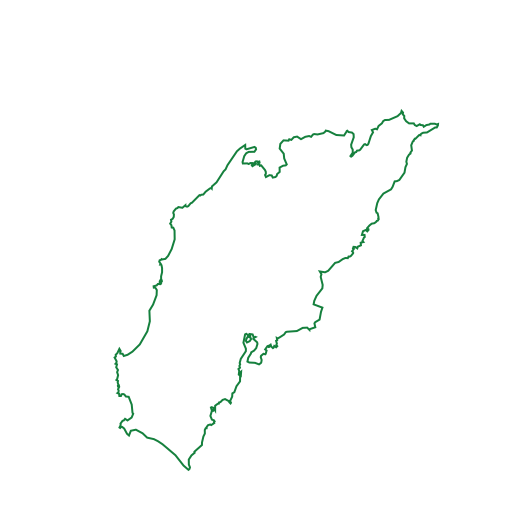 the district of Bangka, Bangka-Belitung, Indonesia, rotated 221°
{"feature_id": "22746128B27585215741432", "entity_name": "Bangka", "entity_type": "district", "adm_level": 2, "iso_a3": "IDN", "parent_name": "Indonesia", "parent_adm1": "Bangka-Belitung", "projection": "equal_earth", "projection_center": [105.919, -1.936], "detail": "fine", "context": "isolated", "style": "outline", "palette": "green", "viewbox_px": 512, "rotation_deg": 221, "n_neighbors": 0, "source": "geoboundaries", "source_scale": "gbopen_adm2", "svg_char_len": 6082}
<svg xmlns="http://www.w3.org/2000/svg" viewBox="0 0 512 512"><g transform="rotate(221 256 256)"><path d="M334.5,330.0L337.0,332.7L338.6,326.6L339.1,322.5L337.1,305.8L335.8,301.4L336.0,298.7L334.1,285.7L334.9,279.6L333.7,277.9L334.4,278.0L335.1,276.7L336.2,271.5L336.1,267.8L337.5,266.3L337.8,265.0L338.6,264.8L339.3,254.1L339.9,253.0L339.8,249.2L340.4,248.0L342.1,247.3L342.6,247.9L343.2,244.1L346.7,242.0L346.7,240.7L347.5,239.3L347.4,235.7L346.7,234.2L345.2,233.5L343.7,231.5L343.3,229.3L343.9,227.6L342.4,226.4L342.0,224.1L340.1,223.8L338.3,222.2L337.0,223.1L334.2,221.8L328.3,215.2L324.2,205.9L322.4,198.4L322.5,194.4L324.5,191.9L325.2,191.8L325.2,190.7L325.9,189.6L325.3,188.2L323.0,187.6L322.7,186.8L322.2,187.4L321.2,187.0L318.9,185.2L316.2,182.1L314.3,178.4L312.6,176.5L312.3,175.0L311.5,175.9L310.5,175.3L310.3,174.1L311.4,174.1L311.6,173.3L311.2,172.7L309.6,172.7L309.6,172.1L311.7,170.5L311.7,168.6L313.4,166.0L312.5,165.2L312.2,165.8L310.3,165.8L308.5,165.2L305.3,161.2L301.8,151.8L300.6,144.8L293.3,137.1L288.6,127.9L285.7,113.0L286.5,102.8L288.1,97.2L290.2,93.8L292.5,94.7L294.4,93.3L295.8,94.8L295.8,95.5L298.2,96.3L296.9,91.7L297.1,89.4L295.8,88.2L296.1,86.6L292.1,85.1L291.3,83.8L291.3,82.5L289.8,83.0L288.5,80.3L285.4,79.4L284.6,77.2L281.9,75.6L280.0,71.9L280.0,70.9L278.2,71.2L277.3,69.7L275.0,68.3L275.2,67.6L274.6,67.0L273.8,66.8L273.8,67.8L273.4,67.5L272.7,64.9L271.4,64.4L270.4,62.9L270.6,61.7L268.9,62.2L267.3,60.7L266.1,61.7L266.7,63.5L265.8,64.6L264.5,65.1L262.0,64.6L259.7,66.2L252.3,62.3L246.3,56.6L245.2,56.4L243.9,52.5L245.1,47.6L248.0,47.2L247.9,45.1L248.6,44.1L248.3,40.6L247.2,39.6L246.5,37.0L245.7,37.1L245.7,38.4L244.9,39.2L242.3,39.3L236.7,37.2L234.1,37.2L235.8,42.0L232.7,46.1L225.3,47.8L219.0,47.5L212.9,50.8L208.5,51.9L203.1,52.6L186.1,52.8L173.2,50.3L166.7,50.3L166.5,51.6L167.2,53.2L169.8,54.5L173.2,58.3L173.9,63.2L173.2,67.2L174.0,67.7L174.0,68.7L172.8,77.9L174.4,79.8L177.3,85.3L178.1,88.4L180.5,91.1L181.0,93.0L180.3,93.6L181.1,94.7L181.2,96.9L180.0,98.8L178.9,99.0L177.9,102.5L178.8,103.0L178.7,104.0L179.9,104.4L182.0,103.6L185.5,105.4L187.8,110.4L186.8,110.9L186.9,111.8L188.7,110.9L190.6,112.1L190.3,112.8L188.5,113.5L185.5,112.6L188.6,116.2L187.9,119.4L187.2,120.2L187.8,121.2L187.0,122.4L186.8,125.5L185.5,127.7L181.4,128.6L180.5,129.9L181.7,134.2L183.7,136.8L183.0,139.0L185.3,144.9L185.8,150.9L189.5,155.3L191.2,155.2L193.3,158.3L195.1,159.2L194.8,161.2L196.4,162.1L196.9,163.9L198.1,164.5L200.0,168.4L201.2,177.5L202.8,179.4L208.6,182.3L212.8,189.7L212.3,190.9L207.3,191.1L208.7,192.8L210.5,192.4L207.1,194.6L204.0,192.9L203.5,194.5L203.2,194.6L204.0,192.5L203.7,191.7L198.5,191.6L197.2,190.6L195.4,186.6L195.4,183.2L196.4,180.2L195.8,178.9L195.1,174.1L193.2,170.7L191.2,171.2L186.7,174.7L182.6,176.2L182.1,178.5L182.3,179.3L183.5,181.2L186.1,182.8L186.7,184.0L186.2,187.1L184.5,187.9L184.5,188.5L186.0,191.6L187.8,191.5L188.2,195.5L187.8,196.2L186.7,195.7L186.3,196.2L187.0,197.8L186.8,198.7L185.2,197.7L182.8,197.6L182.6,198.4L183.2,200.1L180.9,200.3L180.8,201.9L182.3,202.2L182.8,203.6L185.2,205.2L184.8,206.4L186.5,207.8L185.5,208.0L184.7,210.3L183.3,215.2L183.6,218.0L183.0,219.1L175.9,226.2L173.6,232.4L170.4,235.5L167.2,235.3L167.6,235.8L164.5,241.1L167.7,243.5L167.9,244.9L166.3,249.7L170.3,256.5L172.0,260.6L180.8,257.3L182.6,260.4L184.2,265.7L184.7,275.1L186.7,277.9L193.5,282.7L194.7,285.2L197.7,286.2L193.2,289.0L191.8,292.2L191.8,302.7L189.7,305.7L188.5,310.6L187.2,313.2L185.3,314.6L185.8,316.3L184.8,317.1L184.4,318.4L184.5,321.8L185.1,322.5L186.6,322.6L186.8,325.6L187.8,325.4L188.4,326.9L186.9,328.0L184.6,328.2L185.3,329.8L183.8,332.9L185.7,334.7L184.1,337.0L185.5,337.2L186.6,340.7L186.4,341.7L187.9,343.1L189.9,341.4L191.5,344.9L190.2,347.7L188.2,347.6L188.2,349.5L188.8,350.0L189.8,349.4L190.4,349.8L190.4,353.5L189.9,356.3L188.2,358.4L187.7,360.8L187.9,361.7L187.3,362.6L187.6,364.4L188.4,364.5L188.9,365.6L192.2,368.0L193.5,367.8L195.8,369.2L199.2,375.5L200.4,379.4L200.8,386.7L197.8,394.9L198.3,397.9L200.3,403.3L198.8,404.9L197.7,407.4L198.6,416.3L201.5,421.1L202.5,424.5L204.4,425.8L206.4,429.3L207.0,432.9L206.6,434.7L207.3,435.3L207.5,437.9L211.5,441.4L212.8,445.3L212.5,446.5L212.9,446.8L213.1,448.7L212.6,449.0L212.2,454.3L211.1,455.0L211.6,455.5L211.4,457.0L210.7,458.7L208.0,461.4L205.1,470.6L203.9,471.6L204.4,473.9L205.2,475.0L205.8,473.9L207.9,473.1L211.2,470.2L211.4,469.0L213.3,466.6L214.2,463.6L215.8,464.2L217.8,462.8L218.8,462.9L220.0,459.5L222.1,459.0L223.9,459.6L227.5,456.5L231.1,456.2L234.5,457.1L236.0,459.0L238.2,459.2L239.1,460.7L241.3,461.0L240.4,459.1L240.9,454.4L244.9,446.0L247.9,443.2L248.5,441.3L248.0,438.7L248.8,434.6L247.8,431.0L249.5,430.3L251.2,427.1L248.8,426.1L248.0,421.9L244.8,414.4L244.7,413.0L245.3,412.2L247.1,412.0L247.6,411.0L247.1,404.5L247.4,403.4L248.9,401.8L248.6,400.2L249.3,399.2L249.0,394.9L249.4,393.4L250.3,393.4L250.8,397.5L252.9,399.8L255.3,400.6L257.2,402.4L260.1,409.7L262.3,412.0L264.6,412.1L267.4,410.3L270.1,410.5L269.4,410.1L268.6,404.7L274.8,400.0L283.2,397.8L285.6,396.4L285.3,395.6L285.7,393.0L289.3,388.1L292.1,386.2L292.7,385.0L292.6,382.1L294.6,381.4L297.0,378.3L298.7,373.7L303.3,373.1L305.4,370.4L305.5,366.8L307.5,365.9L307.1,364.4L311.1,361.3L311.2,356.6L308.6,352.6L302.2,351.4L298.7,348.1L292.9,345.3L293.0,343.9L294.8,341.9L296.2,338.2L293.3,335.0L293.8,331.7L293.0,330.2L293.1,328.4L294.8,326.2L297.0,327.1L298.9,325.8L300.3,322.1L302.3,323.1L302.5,324.5L303.9,326.0L305.7,326.8L311.5,327.8L312.2,326.6L313.3,327.3L314.6,326.3L315.2,327.9L314.7,328.9L315.5,329.5L316.6,327.9L317.4,328.1L318.3,327.1L318.3,324.9L316.7,325.5L316.5,325.0L317.6,321.5L318.8,321.8L318.9,323.7L319.5,323.9L321.2,322.5L321.9,320.6L323.3,320.2L326.6,317.2L327.8,318.1L330.4,323.7L330.8,327.1L329.8,329.8L325.6,333.6L325.9,336.5L327.2,337.5L328.7,337.3L333.2,330.3L334.5,330.0ZM209.3,189.9L208.9,187.3L207.9,185.3L206.1,184.8L204.9,187.6L205.2,190.1L206.5,190.7L209.3,189.9ZM190.9,155.5L188.9,155.7L191.3,158.9L191.5,157.0L190.9,155.5ZM179.3,129.1L179.7,128.1L178.5,128.0L178.6,128.8L179.3,129.1Z" fill="none" stroke="#15803d" stroke-width="2"/></g></svg>